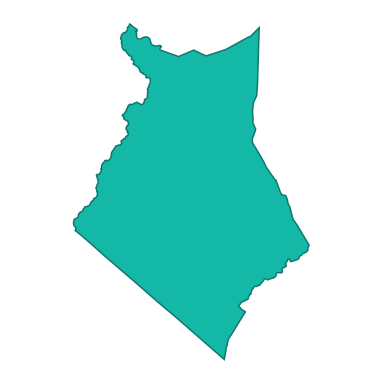 Massangena, Gaza, Mozambique (Robinson projection), rotated 271°
{"feature_id": "85939544B81330952052148", "entity_name": "Massangena", "entity_type": "district", "adm_level": 2, "iso_a3": "MOZ", "parent_name": "Mozambique", "parent_adm1": "Gaza", "projection": "robinson", "projection_center": [32.695, -21.744], "detail": "fine", "context": "isolated", "style": "filled", "palette": "teal", "viewbox_px": 384, "rotation_deg": 271, "n_neighbors": 0, "source": "geoboundaries", "source_scale": "gbopen_adm2", "svg_char_len": 6049}
<svg xmlns="http://www.w3.org/2000/svg" viewBox="0 0 384 384"><g transform="rotate(271 192 192)"><path d="M140.9,310.0L161.3,297.3L166.9,293.3L179.1,290.0L179.4,289.7L181.1,288.7L183.2,288.0L184.7,287.7L186.7,287.2L188.9,286.3L190.1,285.6L190.6,282.6L191.0,281.7L191.3,281.4L191.9,281.2L191.9,280.9L205.5,275.6L206.1,274.4L218.2,265.7L222.9,263.5L229.2,259.8L242.5,251.5L243.6,251.5L244.8,251.4L246.4,251.5L248.9,252.2L251.0,253.1L255.8,254.6L262.1,251.7L262.7,251.6L265.4,251.8L273.4,251.1L279.4,251.5L282.8,252.0L289.5,255.0L301.4,255.6L357.5,256.3L348.9,248.1L347.4,244.9L335.2,223.6L328.5,204.5L328.4,204.0L329.4,201.1L333.9,191.3L327.2,176.2L333.4,157.8L334.2,157.4L334.8,157.4L335.5,157.8L336.5,158.8L337.4,158.4L337.8,157.9L337.9,156.9L337.8,156.0L337.3,154.2L337.3,152.7L337.8,151.1L338.6,149.3L339.3,148.7L339.9,148.4L340.8,148.2L343.6,147.4L344.6,146.9L345.4,146.0L346.1,144.4L346.3,143.5L346.0,141.8L345.4,140.1L344.5,138.5L344.0,137.3L344.0,136.7L344.1,136.1L344.3,135.3L344.8,134.5L345.0,134.1L345.6,133.9L349.4,133.8L350.6,133.4L351.3,132.8L351.7,132.6L351.9,132.7L351.9,132.8L351.8,134.0L352.1,134.4L352.7,134.4L353.4,134.1L354.2,133.4L355.8,130.6L357.8,128.3L358.9,126.7L358.7,126.5L358.2,126.5L357.7,126.7L357.2,126.4L355.9,125.1L354.9,124.5L354.3,124.5L353.5,124.9L352.6,124.6L351.9,123.7L350.8,123.1L350.3,122.6L350.2,122.3L350.2,121.3L350.0,120.9L349.3,120.1L348.4,119.4L347.9,118.8L346.5,118.7L345.0,117.9L344.1,118.0L342.7,118.6L342.4,119.0L342.0,119.2L340.8,119.2L340.4,118.8L340.0,118.7L337.8,119.4L335.6,119.6L334.5,120.0L333.2,120.8L332.2,122.0L332.2,122.3L332.6,122.8L332.5,123.1L331.9,123.3L329.9,124.5L329.1,125.6L328.0,126.0L327.4,126.6L327.0,127.2L326.7,128.6L326.4,128.9L325.3,129.4L324.5,129.0L323.6,129.2L323.2,129.5L322.9,130.1L322.8,131.0L322.5,131.3L322.0,131.5L320.6,131.6L320.3,131.5L320.0,131.1L319.7,131.0L319.1,131.0L318.4,131.3L318.4,131.7L318.7,132.1L318.6,132.6L318.3,132.9L317.6,133.2L317.3,133.6L316.7,134.8L315.9,135.6L315.1,136.8L311.6,138.0L311.2,138.4L310.4,139.3L310.3,139.6L310.5,139.9L310.4,140.5L310.1,140.9L309.1,141.2L309.0,141.5L308.7,142.6L307.6,144.1L307.4,144.2L306.1,143.8L305.8,144.0L305.6,144.2L305.4,145.2L305.6,147.2L305.4,147.6L303.2,148.3L300.8,148.4L300.2,148.3L299.6,148.0L299.0,147.4L298.5,147.3L297.0,146.9L296.4,147.0L295.6,146.4L294.1,145.7L293.6,145.7L292.8,146.2L292.4,146.2L291.6,146.0L291.2,146.0L290.5,145.7L290.1,145.7L289.6,145.9L288.6,145.9L287.0,145.6L286.2,145.8L285.8,145.8L285.1,145.5L284.5,144.9L284.4,144.2L283.7,143.1L283.1,142.8L282.0,142.9L281.6,142.7L280.5,142.7L280.2,142.1L279.9,141.9L279.3,141.7L278.5,140.3L278.5,139.6L278.6,139.3L279.3,138.3L279.8,137.1L280.5,136.0L280.8,135.3L280.7,135.0L280.1,134.2L280.0,133.1L279.3,132.2L279.1,131.7L278.4,130.5L278.2,129.4L278.6,129.0L278.6,128.7L278.3,127.9L277.5,127.0L276.7,126.7L275.9,126.1L274.6,126.1L274.3,125.8L273.9,125.6L273.6,125.1L273.4,124.9L272.0,124.9L270.3,123.6L268.9,122.7L268.2,121.5L267.7,121.1L267.4,121.0L266.9,121.1L266.3,122.3L265.8,122.6L264.6,122.3L264.2,122.4L262.8,124.3L261.9,125.7L261.6,126.4L261.1,126.9L260.6,127.2L260.0,127.0L258.6,127.4L258.1,126.9L257.5,126.6L256.7,125.7L254.7,124.9L253.8,125.0L253.2,125.3L252.9,125.8L252.3,126.6L251.9,126.7L251.2,126.2L250.7,126.1L250.4,126.3L250.1,127.1L249.5,127.4L248.7,127.3L248.0,127.1L246.6,125.7L246.5,125.1L246.3,124.9L245.3,124.6L244.8,124.3L244.2,123.6L243.9,122.6L242.8,122.1L242.6,121.9L242.4,120.8L241.3,120.2L239.9,120.7L239.4,120.7L238.2,120.0L237.7,119.5L237.4,118.8L237.7,118.4L237.8,117.9L237.1,116.8L236.8,115.4L236.4,114.9L234.3,113.8L233.0,112.7L231.6,112.0L230.6,111.2L228.9,110.6L228.3,110.8L227.1,110.7L224.6,110.0L223.3,109.2L222.9,108.6L222.2,108.1L221.6,107.0L221.5,106.4L222.2,106.0L222.0,105.3L222.1,104.7L222.0,104.4L219.9,103.2L219.2,102.4L218.1,101.7L216.0,101.1L214.7,101.2L214.3,101.2L213.9,100.7L213.7,100.7L213.3,101.1L213.2,101.1L212.9,100.7L212.5,101.0L211.9,101.0L210.6,100.4L210.1,100.0L208.9,99.8L208.3,98.8L207.9,97.8L207.9,97.1L207.7,96.6L207.3,96.3L207.1,96.2L206.1,96.4L202.7,97.7L199.9,98.1L199.4,98.0L197.8,97.0L196.1,96.7L195.7,96.4L195.0,96.3L194.3,95.9L192.6,96.5L191.9,97.0L191.3,97.1L190.7,96.8L190.4,96.9L188.9,97.7L188.1,97.6L187.6,97.2L186.7,97.3L186.3,97.3L184.8,96.0L183.9,94.1L183.6,93.9L182.9,93.9L182.5,93.6L181.9,93.4L180.4,91.3L179.2,90.7L177.7,90.5L177.4,90.3L177.0,89.6L176.5,89.1L176.2,88.0L175.6,87.3L175.4,86.8L175.4,85.9L175.2,85.1L174.9,84.9L174.2,84.7L172.8,83.4L172.5,83.3L171.8,83.4L171.4,83.2L170.3,81.7L169.9,80.6L167.7,78.9L165.9,78.7L165.5,78.8L164.9,78.5L164.0,77.5L163.6,76.8L163.1,75.3L162.5,74.7L161.9,74.5L159.1,74.0L158.6,74.1L156.4,74.6L154.9,75.9L154.0,76.4L151.8,76.4L151.5,75.9L146.5,82.2L139.0,91.3L127.4,104.7L100.3,137.4L82.1,158.9L65.9,178.8L25.1,227.2L34.7,228.8L36.4,228.7L38.1,229.4L40.4,229.9L43.7,230.5L45.0,230.8L47.0,231.9L48.2,232.7L71.5,246.5L72.5,247.3L73.1,247.4L73.3,247.3L73.6,246.9L75.2,244.0L75.5,243.6L79.3,240.4L80.3,241.3L80.6,242.0L81.9,242.7L82.5,243.5L82.8,244.2L83.0,244.3L83.4,244.2L83.6,244.5L83.8,244.9L83.7,245.7L83.8,246.0L84.3,246.4L84.4,247.1L85.8,249.7L86.1,250.0L86.4,250.1L87.4,250.1L87.9,250.2L88.7,250.8L90.2,251.2L90.6,251.6L90.6,252.5L93.1,253.0L95.4,253.8L95.9,254.1L96.8,254.9L97.6,255.2L98.3,255.8L98.7,256.6L98.7,258.1L98.8,258.4L99.1,258.9L99.7,259.5L99.8,260.7L100.0,261.4L100.3,261.6L101.6,262.0L102.0,262.9L104.1,264.6L105.5,265.5L106.3,266.4L106.5,267.4L106.0,268.4L105.5,269.0L105.5,269.4L106.4,271.4L107.6,275.1L108.7,276.8L110.0,277.5L111.8,277.7L112.4,278.1L112.7,278.5L112.9,279.6L112.8,282.9L113.2,283.4L113.9,283.8L114.8,283.8L116.3,283.3L117.0,283.6L117.5,284.0L118.3,285.8L118.9,286.7L119.2,287.2L119.6,287.4L120.5,287.4L122.4,286.8L124.4,288.3L125.3,288.6L126.5,289.1L126.8,289.5L126.8,290.1L126.0,290.8L124.4,291.8L124.2,291.9L124.2,292.3L125.8,297.3L126.6,299.2L127.9,300.1L129.4,300.6L129.7,300.8L130.0,301.2L130.6,302.6L131.6,303.2L132.4,303.9L133.6,306.7L134.4,307.7L134.9,308.2L135.8,308.8L136.7,308.7L139.5,309.4L140.9,310.0Z" fill="#14b8a6" stroke="#0f766e" stroke-width="1.5"/></g></svg>